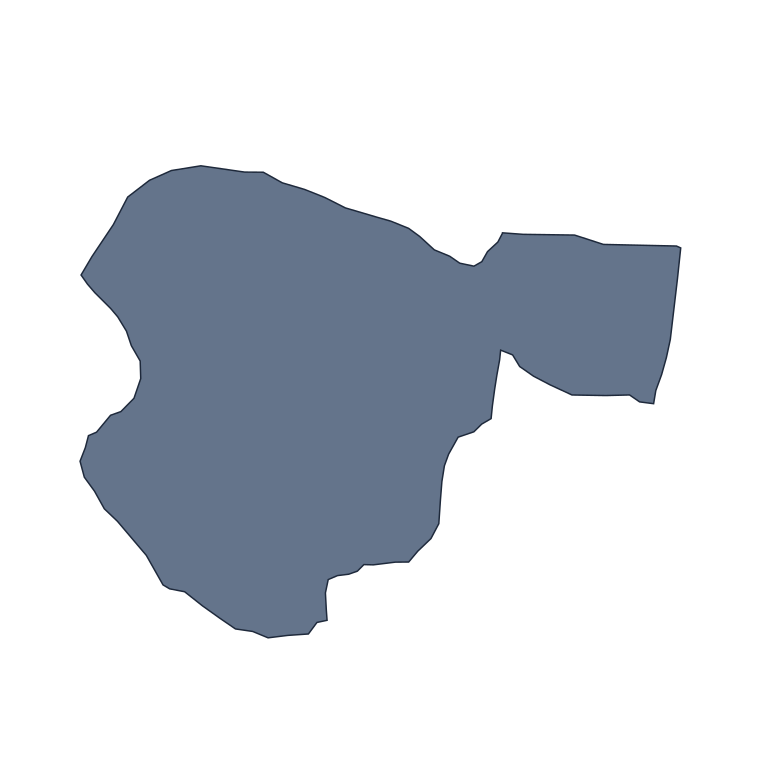 the district of Järfälla, Stockholm, Sweden, rotated 83°
{"feature_id": "70781695B58172703423372", "entity_name": "Järfälla", "entity_type": "district", "adm_level": 2, "iso_a3": "SWE", "parent_name": "Sweden", "parent_adm1": "Stockholm", "projection": "natural_earth1", "projection_center": [17.825, 59.445], "detail": "fine", "context": "isolated", "style": "filled", "palette": "slate", "viewbox_px": 768, "rotation_deg": 83, "n_neighbors": 0, "source": "geoboundaries", "source_scale": "gbopen_adm2", "svg_char_len": 1438}
<svg xmlns="http://www.w3.org/2000/svg" viewBox="0 0 768 768"><g transform="rotate(83 384 384)"><path d="M611.6,469.3L601.4,468.8L584.2,467.6L571.3,463.2L568.5,453.5L568.5,442.2L566.5,433.2L560.8,426.0L562.2,416.6L562.2,394.4L563.7,381.2L554.1,370.9L543.1,356.2L529.3,346.6L506.4,342.2L487.8,338.4L472.5,334.0L461.5,328.4L445.8,316.9L442.4,300.6L435.7,291.9L431.4,281.9L419.0,279.1L402.3,274.7L389.0,270.9L374.2,266.3L364.6,264.1L370.8,252.8L383.2,247.2L394.5,234.6L400.5,225.9L405.0,219.4L417.8,198.8L422.5,165.2L424.8,141.6L432.9,132.5L436.4,118.8L423.6,115.0L408.5,107.3L392.2,100.5L374.7,94.4L315.3,79.9L285.1,72.9L282.7,76.9L272.2,149.2L259.4,176.7L252.4,227.7L248.4,247.9L248.6,247.9L257.0,253.7L265.2,265.1L274.5,272.0L278.0,280.4L273.3,294.1L265.2,303.2L257.0,317.7L241.8,330.7L232.5,340.6L223.2,357.4L217.4,371.1L204.5,400.9L191.7,420.0L181.2,439.1L171.9,460.5L159.1,478.0L156.7,496.4L145.1,539.2L146.2,569.0L153.2,591.9L167.2,615.6L192.8,633.2L222.0,658.4L238.9,671.4L248.8,666.1L258.1,659.9L275.6,646.2L284.9,640.1L300.1,633.2L315.2,630.1L331.5,623.2L349.0,624.8L367.7,633.9L379.3,648.5L381.7,659.2L396.8,675.2L399.2,683.6L410.8,688.2L423.6,695.1L440.0,692.8L455.1,684.4L473.8,676.8L487.8,665.3L509.9,650.8L525.1,640.8L556.5,627.8L561.2,621.7L565.9,607.2L582.2,591.1L596.2,575.8L609.0,561.3L613.6,544.5L621.8,530.0L621.8,510.1L622.9,489.5L612.5,479.6L611.6,469.3Z" fill="#64748b" stroke="#1e293b" stroke-width="1.5"/></g></svg>